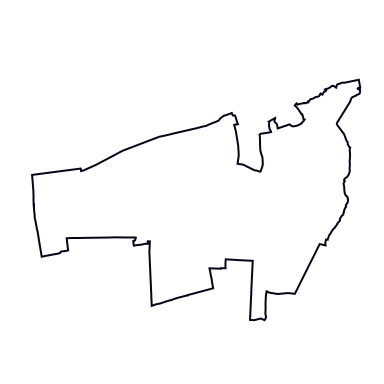 outline of Marasesti, Vrancea, Romania, rotated 274°
{"feature_id": "2599482B85987825667227", "entity_name": "Marasesti", "entity_type": "district", "adm_level": 2, "iso_a3": "ROU", "parent_name": "Romania", "parent_adm1": "Vrancea", "projection": "orthographic", "projection_center": [27.242, 45.901], "detail": "fine", "context": "isolated", "style": "outline", "palette": "ink", "viewbox_px": 384, "rotation_deg": 274, "n_neighbors": 0, "source": "geoboundaries", "source_scale": "gbopen_adm2", "svg_char_len": 5988}
<svg xmlns="http://www.w3.org/2000/svg" viewBox="0 0 384 384"><g transform="rotate(274 192 192)"><path d="M154.3,330.7L157.9,331.7L159.5,332.5L161.0,333.5L161.8,333.7L162.9,334.4L163.3,334.5L163.5,334.7L163.8,334.9L164.6,335.3L166.2,336.8L167.0,337.3L167.5,337.4L167.8,337.8L168.1,338.0L168.5,338.2L169.2,338.7L169.9,338.9L170.2,339.2L171.3,339.5L171.9,340.0L172.3,340.5L172.8,340.9L173.0,341.0L173.5,341.4L174.0,341.6L174.5,341.6L174.9,341.4L175.3,341.4L177.0,342.1L177.6,342.5L178.2,342.7L178.9,343.2L179.3,343.8L180.1,344.5L181.3,344.6L181.6,344.6L182.3,344.7L182.6,344.9L183.0,345.0L184.0,345.0L185.3,345.4L186.0,345.5L186.6,345.8L187.5,346.5L188.0,346.8L188.9,346.3L189.6,346.4L190.8,347.2L191.3,347.4L191.8,347.5L192.2,347.9L193.0,348.1L194.8,348.3L195.9,348.0L196.6,347.7L197.3,347.7L197.9,347.4L198.0,347.3L198.7,346.5L199.3,345.6L201.0,344.6L203.0,344.1L205.2,343.7L207.4,343.6L209.3,342.9L210.1,342.9L210.6,342.7L211.3,342.7L212.1,342.9L212.7,343.4L213.4,343.6L213.6,343.6L213.9,343.1L214.1,342.9L215.1,343.0L215.4,343.1L215.8,343.4L217.0,344.5L217.3,344.9L217.8,345.8L218.3,345.9L219.3,346.6L219.9,346.9L222.3,347.7L223.4,347.9L224.5,347.8L226.3,347.6L230.4,347.6L233.8,347.1L236.0,347.2L237.6,347.1L239.6,347.2L240.5,347.0L242.7,346.8L243.8,346.5L246.0,346.4L246.5,346.4L247.2,346.7L247.3,346.5L247.7,346.2L247.9,345.8L248.3,345.6L248.5,345.3L250.0,344.4L250.5,344.1L252.5,343.8L252.8,343.7L253.0,343.5L253.4,342.9L260.4,339.6L268.5,332.6L269.5,331.9L270.1,331.7L270.6,331.7L271.7,332.1L273.9,333.4L275.9,334.3L278.6,335.9L279.1,336.1L281.3,337.2L283.4,338.4L284.5,338.9L287.2,340.4L288.3,340.9L290.1,341.9L292.4,343.1L293.2,343.5L295.6,344.1L297.0,344.6L297.7,345.3L298.0,345.8L298.4,346.7L298.7,347.1L299.1,347.5L299.4,348.5L299.6,348.9L300.3,349.6L300.9,350.7L301.4,351.9L301.5,352.1L302.0,352.4L303.1,352.5L303.6,352.7L304.3,352.7L304.9,352.4L305.5,352.5L305.8,352.2L306.1,351.1L306.2,350.4L306.4,350.2L306.6,350.1L307.4,350.6L307.5,350.7L307.5,350.9L307.1,351.1L306.9,351.2L306.9,351.4L306.8,352.0L307.1,352.3L307.7,352.6L308.5,352.5L309.1,352.2L315.6,350.6L311.7,336.7L311.5,336.0L311.6,334.4L311.4,333.8L311.2,333.2L310.9,332.6L310.4,332.0L310.0,330.6L309.5,329.5L308.2,328.9L306.2,328.5L306.4,328.1L307.8,325.7L307.8,325.4L307.5,324.1L307.2,323.7L305.9,322.4L304.4,319.9L304.2,318.6L303.7,317.7L303.2,318.4L302.7,318.7L302.4,318.4L301.8,318.2L301.7,318.0L301.8,317.5L301.6,317.0L300.7,316.6L300.1,316.1L298.2,315.3L298.2,315.2L298.5,314.5L299.2,313.6L298.6,313.0L298.3,312.8L298.0,313.0L296.6,312.1L296.1,311.4L295.7,310.4L295.6,309.6L295.5,309.1L295.2,308.5L293.8,306.6L292.8,303.7L291.2,302.6L290.6,301.5L289.6,301.9L289.3,300.9L288.4,298.8L288.8,298.6L288.7,297.7L288.6,297.2L288.2,296.6L287.9,295.4L287.7,294.8L287.3,292.9L286.5,291.4L286.7,291.1L287.7,290.1L285.6,288.5L283.8,290.5L281.9,292.3L279.5,294.1L278.3,295.1L277.1,295.9L277.3,296.5L277.2,296.6L274.4,297.6L272.5,298.1L272.1,299.3L270.2,298.0L269.4,297.3L268.8,296.9L267.6,296.1L267.2,295.0L266.4,293.9L265.6,292.3L265.3,291.5L264.8,289.8L264.6,289.0L264.5,287.6L264.6,287.3L264.8,286.8L266.3,284.6L266.1,284.3L261.4,273.1L264.2,272.4L265.5,271.9L266.8,270.7L267.3,270.0L267.8,269.5L268.1,269.4L269.6,269.2L269.9,269.2L270.3,269.7L270.6,269.8L271.6,269.8L267.6,263.7L267.3,264.1L267.1,264.2L266.8,264.3L265.0,264.1L263.1,264.3L260.3,265.0L258.5,266.2L257.4,266.7L257.2,266.4L256.4,263.3L255.0,256.9L254.8,256.4L254.0,255.4L252.7,255.7L248.8,256.2L242.8,256.7L238.7,257.2L235.4,258.2L231.8,259.7L231.0,259.9L227.3,260.4L225.9,260.5L224.7,260.7L223.3,260.6L217.6,259.1L217.2,258.9L217.1,258.7L217.0,258.4L217.1,257.8L217.8,255.5L218.0,252.9L222.9,241.0L223.3,235.5L231.9,236.1L241.7,234.8L255.4,231.6L261.9,229.4L262.5,230.9L262.5,231.3L262.4,232.2L262.7,232.8L262.9,233.1L263.2,232.8L271.3,229.6L271.4,229.3L271.4,229.0L271.2,228.2L271.1,227.8L271.2,227.5L271.7,227.0L272.5,226.7L273.6,226.2L271.2,221.0L270.5,219.1L270.2,218.3L268.0,215.7L267.0,214.7L266.8,214.6L266.0,214.3L265.1,213.6L263.6,210.8L263.0,209.4L260.3,203.8L259.2,202.0L258.9,201.3L258.5,199.8L257.9,197.7L256.2,192.9L249.4,170.6L246.9,162.8L244.8,155.5L240.9,147.0L228.2,119.7L218.3,103.9L212.2,94.0L206.6,83.5L205.9,82.2L205.2,79.9L206.9,79.6L207.6,79.3L197.9,31.3L181.2,33.8L179.2,33.9L177.4,34.2L173.2,34.4L169.7,34.8L169.1,34.8L169.0,35.2L168.9,35.2L167.2,35.3L167.2,35.1L166.3,35.2L166.3,35.3L162.6,35.8L157.5,36.7L155.2,36.9L153.8,37.4L144.3,39.9L141.3,40.9L140.7,40.9L137.2,41.8L132.7,42.8L117.0,46.6L119.8,57.1L120.4,59.6L120.7,60.4L120.9,61.7L121.1,62.2L121.6,64.0L121.9,64.4L122.1,64.9L122.2,65.0L122.9,65.1L123.3,65.6L123.8,66.3L123.9,68.1L125.0,72.5L137.1,70.2L137.7,75.0L138.3,83.4L138.7,87.4L140.7,111.4L141.4,118.2L142.0,128.9L142.7,139.1L142.3,139.2L142.1,139.2L141.0,138.7L140.0,138.5L139.9,138.3L139.2,137.9L139.1,136.9L138.4,136.9L136.4,137.2L135.9,137.4L134.5,137.8L135.0,139.9L136.1,145.8L136.2,146.2L136.7,147.5L137.1,149.3L137.2,151.4L139.7,151.3L139.8,153.4L128.8,153.7L127.1,153.9L88.0,158.4L84.1,158.8L75.6,159.8L75.7,160.1L76.7,162.3L77.6,164.2L77.7,164.6L77.7,165.3L78.3,166.9L78.7,168.3L78.9,169.0L79.3,169.6L79.7,170.8L80.7,173.2L81.1,173.9L81.2,174.4L82.5,177.9L83.1,179.7L83.3,180.0L84.6,183.1L84.8,183.4L85.4,185.3L86.1,187.1L87.8,192.3L88.8,194.8L88.9,195.0L88.7,195.1L89.1,195.5L89.3,196.2L97.4,219.8L105.2,217.9L106.7,217.6L107.4,217.5L107.5,217.4L108.8,216.9L114.7,215.5L115.5,215.2L115.9,215.0L117.1,214.8L117.5,226.2L118.0,226.2L118.3,230.8L121.9,230.4L125.3,230.3L127.2,230.4L127.3,243.9L127.6,257.4L95.3,258.1L94.7,258.3L94.0,258.3L93.4,258.2L68.4,258.8L68.5,263.0L70.6,269.6L69.2,273.2L71.3,274.4L72.1,274.5L73.8,274.3L74.9,273.8L75.8,273.7L81.7,273.5L84.8,273.2L88.3,273.0L90.8,273.1L92.4,272.9L93.4,273.0L98.1,273.3L98.0,274.1L97.8,274.5L97.3,275.1L97.1,275.7L96.2,284.3L96.3,285.2L97.8,294.2L97.9,295.3L97.6,301.7L128.0,314.3L138.5,318.7L149.0,323.0L148.0,329.0L148.6,328.9L149.5,328.6L150.5,328.5L153.9,329.0L153.9,330.7L154.3,330.7Z" fill="none" stroke="#020617" stroke-width="2"/></g></svg>